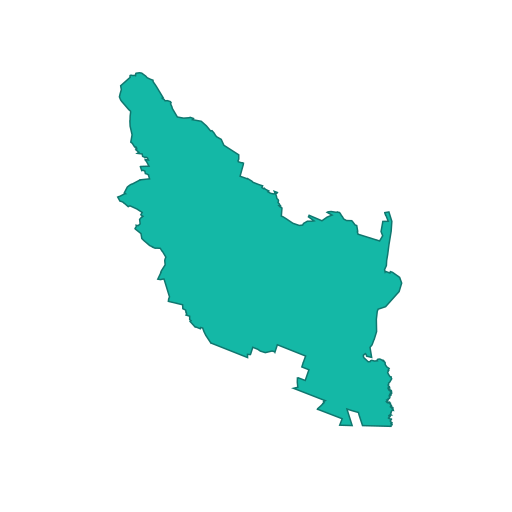 the district of Valdgales pag., Talsi, Latvia, rotated 204°
{"feature_id": "27541924B70707230241398", "entity_name": "Valdgales pag.", "entity_type": "district", "adm_level": 2, "iso_a3": "LVA", "parent_name": "Latvia", "parent_adm1": "Talsi", "projection": "natural_earth1", "projection_center": [22.377, 57.35], "detail": "fine", "context": "isolated", "style": "filled", "palette": "teal", "viewbox_px": 512, "rotation_deg": 204, "n_neighbors": 0, "source": "geoboundaries", "source_scale": "gbopen_adm2", "svg_char_len": 5936}
<svg xmlns="http://www.w3.org/2000/svg" viewBox="0 0 512 512"><g transform="rotate(204 256 256)"><path d="M390.6,286.3L389.3,286.5L387.2,286.4L387.2,286.2L384.6,283.2L392.9,278.4L392.7,278.2L393.3,277.8L398.4,271.3L398.6,271.3L399.2,270.7L400.2,269.3L401.6,266.7L402.0,260.1L400.7,259.8L401.2,259.5L404.7,255.1L405.7,254.3L406.3,253.6L402.6,250.8L400.8,251.1L398.8,251.0L398.0,250.5L397.3,250.5L392.8,249.1L391.6,250.6L383.9,250.5L377.7,249.5L378.0,246.8L375.4,246.3L376.1,245.0L376.3,245.0L377.2,242.1L374.9,238.3L375.9,235.9L378.0,235.3L377.3,234.4L377.7,231.9L377.4,231.6L370.2,229.7L367.4,225.5L364.4,224.4L357.4,222.3L354.1,222.3L354.1,222.0L351.3,222.1L349.7,222.9L346.6,224.1L343.8,222.2L343.4,222.2L337.9,218.3L337.8,216.1L337.5,214.7L335.4,211.0L336.4,204.1L336.4,202.4L336.1,202.3L336.3,194.9L333.6,195.6L331.9,196.9L330.6,197.5L318.4,183.5L318.3,181.2L317.6,178.9L303.2,181.6L301.4,178.1L298.4,178.0L296.7,176.1L297.0,176.0L295.7,174.7L295.9,173.6L292.1,174.0L290.7,170.9L289.1,170.5L289.6,169.4L282.6,166.3L282.3,166.7L277.3,166.9L277.4,168.2L275.4,168.5L272.8,165.8L269.6,163.1L261.6,158.0L261.4,158.2L222.4,159.8L223.8,162.7L221.1,163.6L221.0,164.1L221.8,171.3L216.4,171.5L213.4,170.9L208.2,171.5L202.7,175.7L200.0,176.1L199.6,175.8L200.4,183.6L170.0,184.8L169.5,178.4L169.6,178.0L169.5,177.9L169.0,173.3L161.4,173.6L160.4,162.3L167.9,161.9L168.0,161.4L168.5,161.3L166.9,157.4L164.4,153.1L167.9,150.4L134.0,152.0L135.1,150.6L134.3,150.1L134.8,148.9L134.5,148.9L135.8,145.5L137.6,141.5L137.5,140.9L136.6,141.1L111.1,142.4L110.7,135.5L99.2,140.2L110.7,153.2L105.9,153.7L98.8,154.7L97.1,152.6L89.7,144.4L63.4,155.3L63.8,156.6L63.1,157.0L63.1,157.4L63.6,157.8L64.6,158.0L64.5,158.3L63.9,158.8L63.9,159.0L65.2,159.3L66.2,159.8L66.3,160.2L65.8,161.7L66.0,162.1L66.6,161.8L68.6,161.7L69.0,161.7L69.1,162.0L68.2,163.8L68.2,164.1L68.6,164.3L69.3,164.0L69.7,164.1L69.7,164.3L67.8,165.7L69.0,165.8L69.0,166.0L68.6,166.6L69.0,167.6L69.1,167.8L68.9,168.2L69.1,168.5L69.0,169.0L69.2,169.5L68.9,169.9L68.7,170.8L67.8,170.9L68.5,171.7L69.1,171.8L68.9,172.4L69.3,173.2L69.7,173.2L69.8,172.6L70.0,172.3L70.4,172.5L70.9,172.9L71.5,172.8L71.9,172.9L71.8,173.7L71.1,173.6L71.1,174.1L71.5,174.5L72.3,174.7L72.6,175.3L73.4,175.4L73.4,175.9L74.0,175.7L74.3,175.8L74.0,176.3L74.2,176.7L75.1,176.8L75.2,176.6L75.2,175.8L75.7,175.5L76.7,175.5L76.9,175.6L76.3,175.7L76.3,175.9L76.4,176.0L76.9,175.9L77.3,176.2L77.2,177.0L77.9,177.6L76.8,178.1L76.8,178.4L77.3,178.5L77.3,178.8L77.0,179.0L77.0,179.6L76.5,179.8L76.2,180.3L76.2,180.8L77.1,182.0L76.5,182.0L76.7,182.5L76.6,183.2L77.1,183.3L77.1,183.6L77.5,183.6L77.6,183.9L76.6,183.8L76.2,184.0L76.4,184.2L76.9,184.3L76.8,184.7L76.9,184.9L76.4,185.0L76.2,186.0L76.9,186.7L77.4,186.4L77.9,186.4L78.0,186.5L77.5,186.9L78.1,187.4L77.4,187.8L77.7,188.1L78.0,187.9L78.4,188.1L78.6,187.8L79.3,188.3L79.5,188.1L79.6,187.6L80.2,187.6L80.5,187.9L80.0,188.4L80.6,188.7L81.3,188.7L81.7,189.0L81.5,189.7L80.3,190.0L81.2,191.1L81.4,191.1L81.4,190.9L82.3,191.1L82.9,192.2L82.6,192.8L83.2,193.9L82.6,194.9L82.1,199.0L83.2,200.0L83.3,200.5L84.5,200.3L86.7,201.7L88.3,203.0L88.4,203.6L88.2,205.5L88.8,205.5L88.6,207.4L91.2,207.8L93.1,208.9L94.1,209.8L94.5,210.9L95.3,211.5L97.0,211.8L96.7,212.2L97.5,212.5L98.9,212.1L100.1,212.3L101.3,212.1L102.1,211.6L102.9,211.0L103.0,210.6L102.9,209.8L102.6,209.6L105.1,208.2L107.8,207.8L108.7,206.9L108.7,206.0L110.5,205.0L115.9,206.9L116.9,207.6L117.2,208.6L117.6,209.1L116.4,211.3L115.2,210.7L114.2,209.5L109.1,210.4L114.7,218.9L113.9,221.8L113.9,223.0L114.2,227.6L114.1,227.8L115.1,236.0L120.3,247.1L122.7,254.7L122.8,257.1L117.0,262.4L110.8,281.7L111.9,290.5L116.1,294.9L124.6,296.6L126.9,296.4L126.7,294.9L131.4,294.6L131.5,293.9L133.0,295.8L133.0,300.3L134.8,305.0L136.3,310.9L139.2,320.6L142.6,333.6L146.0,342.9L152.5,350.3L156.0,348.0L155.9,347.8L154.1,345.9L153.9,346.0L149.3,341.5L154.2,339.2L151.7,329.2L148.5,326.0L149.2,320.0L171.7,317.4L172.4,318.4L173.3,319.2L173.1,319.9L176.4,324.8L178.0,324.6L181.6,326.6L182.9,327.2L187.8,325.2L191.0,325.5L193.0,327.0L194.5,327.8L196.4,329.2L197.6,329.7L198.8,329.3L199.2,329.2L199.4,329.4L200.6,328.5L205.5,327.2L208.2,325.6L208.8,324.8L203.2,324.3L206.9,320.4L210.1,315.0L224.0,314.8L224.0,313.1L217.3,311.7L219.1,310.5L223.2,308.7L225.8,305.1L226.0,303.2L228.9,301.5L235.6,300.9L243.6,302.3L247.2,302.8L249.1,302.8L251.8,310.4L254.0,310.7L255.4,311.3L254.2,311.9L255.0,312.3L256.1,313.2L257.6,313.8L257.9,315.6L258.1,315.9L258.8,316.5L260.3,317.0L261.7,319.0L263.1,320.4L263.2,320.7L262.4,322.0L262.3,322.7L265.6,322.5L264.1,321.1L264.8,320.0L268.1,319.2L271.3,319.5L270.8,320.6L274.5,320.8L276.1,321.3L276.3,320.6L278.0,320.8L278.5,320.9L278.5,322.8L282.3,322.4L288.7,322.1L290.2,322.7L295.1,323.3L295.1,323.0L303.0,322.4L304.8,334.3L305.2,335.7L306.2,335.7L307.6,335.2L310.5,334.9L311.2,335.6L311.1,336.5L311.2,337.6L312.9,341.4L330.4,344.1L335.2,348.4L340.3,348.9L341.9,349.6L344.5,351.4L347.2,352.6L348.4,351.8L354.2,354.7L360.8,356.8L369.5,354.7L369.1,356.2L372.5,355.9L373.5,355.0L378.2,352.5L384.4,351.0L392.4,356.7L393.5,358.1L396.0,360.3L395.9,361.5L397.0,362.2L400.1,361.9L402.2,360.8L403.6,361.6L405.8,361.9L405.9,362.5L405.3,362.9L416.2,370.5L420.9,373.4L421.6,374.7L424.5,374.5L428.0,374.6L429.9,375.5L433.6,376.3L434.0,376.5L435.2,376.5L437.0,376.0L439.9,374.2L440.0,373.7L439.4,371.7L440.6,371.6L441.7,370.8L443.5,370.4L444.3,369.9L444.4,369.2L443.6,368.1L448.9,356.5L446.7,353.2L446.1,348.9L445.5,345.8L443.1,343.5L441.6,342.6L431.6,337.9L429.7,337.4L429.1,336.6L427.9,332.7L426.4,329.1L426.2,328.2L423.8,323.4L418.5,316.3L416.7,309.1L414.8,308.6L411.2,306.2L410.2,306.8L409.1,306.1L409.5,305.6L408.5,305.2L409.0,304.2L405.2,303.1L406.2,301.5L401.5,302.9L400.1,300.9L397.9,300.9L396.3,301.6L395.1,301.5L393.3,299.9L396.6,299.2L396.0,298.4L394.6,297.9L390.3,294.5L395.7,291.9L397.9,290.8L398.0,290.6L395.1,287.5L394.2,288.3L392.1,288.4L390.6,286.3Z" fill="#14b8a6" stroke="#0f766e" stroke-width="1.5"/></g></svg>